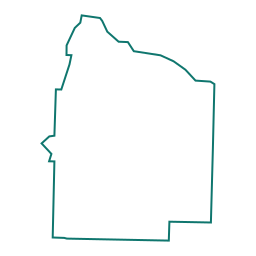 the district of Haywood, Tennessee, United States of America
{"feature_id": "52423323B54587170177345", "entity_name": "Haywood", "entity_type": "district", "adm_level": 2, "iso_a3": "USA", "parent_name": "United States of America", "parent_adm1": "Tennessee", "projection": "equal_earth", "projection_center": [-89.334, 35.61], "detail": "fine", "context": "isolated", "style": "outline", "palette": "teal", "viewbox_px": 256, "rotation_deg": 0, "n_neighbors": 0, "source": "geoboundaries", "source_scale": "gbopen_adm2", "svg_char_len": 507}
<svg xmlns="http://www.w3.org/2000/svg" viewBox="0 0 256 256"><path d="M100.0,18.0L81.7,15.4L80.3,22.7L74.8,27.9L66.6,45.4L66.5,55.0L71.4,55.2L69.5,64.4L61.3,89.5L55.9,89.4L54.4,135.7L49.3,136.4L41.6,143.4L51.4,153.9L49.1,161.3L54.4,161.4L52.7,237.5L64.2,237.9L66.9,238.6L168.8,240.6L169.4,221.7L210.9,222.5L212.9,147.9L214.4,84.1L210.4,81.6L195.5,80.6L185.4,69.7L173.6,61.3L160.5,55.3L133.8,51.2L127.9,42.1L118.6,41.7L107.3,31.7L102.2,20.9L100.0,18.0Z" fill="none" stroke="#0f766e" stroke-width="2"/></svg>